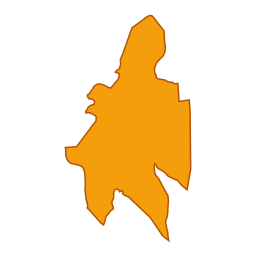 Picuí, Paraíba, Brazil
{"feature_id": "56859067B6156700578434", "entity_name": "Picuí", "entity_type": "district", "adm_level": 2, "iso_a3": "BRA", "parent_name": "Brazil", "parent_adm1": "Paraíba", "projection": "robinson", "projection_center": [-36.343, -6.485], "detail": "fine", "context": "isolated", "style": "filled", "palette": "amber", "viewbox_px": 256, "rotation_deg": 0, "n_neighbors": 0, "source": "geoboundaries", "source_scale": "gbopen_adm2", "svg_char_len": 2415}
<svg xmlns="http://www.w3.org/2000/svg" viewBox="0 0 256 256"><path d="M156.5,21.2L155.3,19.6L152.1,15.9L150.3,15.4L147.4,16.4L139.7,22.3L132.2,27.6L130.9,30.8L125.8,45.3L122.9,53.5L120.4,59.5L120.4,61.8L120.7,64.2L120.0,66.2L119.6,68.6L117.9,69.7L116.4,70.5L115.3,72.1L117.7,73.1L119.4,73.8L119.1,76.1L118.6,78.4L117.6,79.9L116.1,81.8L114.7,83.2L113.4,85.0L111.8,86.8L110.6,88.2L106.6,86.5L103.9,85.1L99.5,83.7L96.4,84.6L93.5,86.9L92.7,89.1L91.0,90.9L90.3,92.5L89.2,93.7L87.5,94.9L87.5,96.7L88.9,98.8L90.9,98.9L92.3,99.3L94.6,101.2L94.1,104.1L92.1,105.2L90.3,105.4L88.0,107.5L86.9,109.9L85.6,111.5L86.1,113.1L87.9,112.5L90.0,112.9L92.6,114.0L94.5,115.2L96.3,116.7L96.1,118.3L96.1,120.6L76.6,146.7L65.3,147.5L65.7,149.2L65.7,155.3L66.9,159.1L68.3,161.3L70.9,163.3L74.7,164.2L78.6,165.1L81.3,166.3L82.8,167.6L83.8,169.3L84.6,172.3L85.1,177.2L85.4,184.6L85.2,186.8L85.0,189.1L85.2,191.8L86.1,198.8L87.8,206.1L87.2,207.8L91.4,212.3L101.1,223.3L103.6,224.9L104.5,222.3L105.2,219.8L105.9,217.0L107.6,214.6L109.3,212.6L110.7,210.6L112.3,209.7L113.4,208.6L113.2,207.0L112.4,204.9L111.8,202.6L112.2,201.0L113.1,199.6L113.6,197.5L113.7,194.6L113.8,191.8L114.9,189.7L117.0,188.9L118.9,190.1L119.7,191.8L121.1,190.9L122.6,191.1L122.6,193.5L124.6,195.4L126.5,196.1L128.6,196.9L130.6,198.9L140.2,208.0L150.4,217.7L162.6,235.8L168.7,240.6L168.3,238.1L167.9,235.8L167.8,234.0L167.8,232.4L167.1,230.2L166.6,227.8L166.4,225.8L165.7,223.7L165.7,221.6L166.1,219.5L166.9,217.7L167.4,215.2L167.8,212.4L167.8,209.9L167.9,208.2L168.0,206.5L168.2,204.4L168.4,201.1L168.2,198.4L168.0,195.9L166.9,193.8L165.7,191.8L164.9,190.3L163.9,188.4L162.9,186.7L162.2,185.4L161.3,183.7L160.0,181.1L158.7,178.8L156.9,176.8L155.5,174.6L154.5,171.6L154.3,169.0L154.2,166.6L154.6,163.6L155.8,164.6L156.7,166.8L158.5,168.6L160.2,169.7L161.8,170.5L163.5,171.5L165.3,172.9L166.9,174.9L168.0,176.0L169.4,176.8L171.3,177.6L172.7,178.4L175.2,179.5L177.2,180.3L178.4,181.2L179.6,182.9L181.3,184.9L183.7,187.0L185.8,188.7L187.1,189.7L190.7,169.1L190.4,144.3L190.3,127.9L190.2,118.5L190.0,110.4L189.3,99.9L184.5,100.7L179.1,101.5L177.9,83.5L174.1,83.7L172.7,82.3L169.3,82.1L167.7,81.6L165.2,80.1L162.4,79.6L158.1,78.8L156.1,77.4L156.3,75.5L155.2,73.9L154.5,71.8L154.6,68.0L156.0,64.2L157.6,61.5L163.1,55.9L164.6,52.9L165.2,50.3L165.5,48.0L164.5,40.6L164.3,35.4L164.0,30.9L160.6,26.5L157.8,23.0L156.5,21.2Z" fill="#f59e0b" stroke="#b45309" stroke-width="1.5"/></svg>